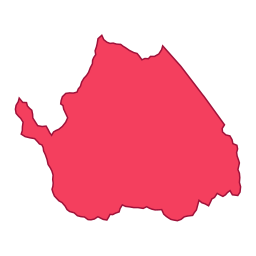 Itororó, Bahia, Brazil (Natural Earth projection)
{"feature_id": "56859067B83493520997574", "entity_name": "Itororó", "entity_type": "district", "adm_level": 2, "iso_a3": "BRA", "parent_name": "Brazil", "parent_adm1": "Bahia", "projection": "natural_earth1", "projection_center": [-40.027, -15.038], "detail": "fine", "context": "isolated", "style": "filled", "palette": "rose", "viewbox_px": 256, "rotation_deg": 0, "n_neighbors": 0, "source": "geoboundaries", "source_scale": "gbopen_adm2", "svg_char_len": 2216}
<svg xmlns="http://www.w3.org/2000/svg" viewBox="0 0 256 256"><path d="M16.1,113.4L18.6,116.3L20.7,118.3L23.1,122.2L22.4,126.8L22.3,130.7L21.2,134.1L25.1,136.6L29.9,137.8L34.6,138.6L37.6,141.7L39.4,143.9L41.9,144.9L43.2,147.6L43.6,150.9L45.4,154.7L47.1,159.7L48.1,164.5L50.3,167.8L51.9,171.0L53.1,175.1L52.7,179.5L53.2,183.0L52.9,186.3L52.0,189.3L52.9,192.3L54.4,196.0L58.9,200.8L62.1,202.6L65.1,206.1L67.1,209.6L69.6,211.5L74.2,212.8L77.4,215.7L80.8,216.6L84.5,217.0L88.0,219.6L91.0,219.8L94.4,219.0L97.9,216.7L100.4,218.0L103.2,219.4L106.9,220.0L108.6,217.2L110.0,214.4L112.7,214.6L115.4,213.2L119.1,211.9L120.1,208.5L122.3,204.9L125.6,206.4L129.8,206.9L133.8,207.6L138.1,207.6L143.2,208.4L146.7,206.7L149.4,208.2L152.0,209.2L155.1,209.9L158.6,209.8L161.7,209.6L163.8,214.2L166.3,216.4L168.5,217.9L170.9,219.4L173.5,220.0L177.4,220.7L181.0,219.4L184.3,216.8L187.7,216.0L192.6,215.4L194.2,212.8L196.4,209.9L197.7,205.0L199.0,200.3L201.8,202.7L205.2,203.9L208.6,205.8L210.5,201.9L211.8,199.0L214.5,197.4L217.2,193.4L220.3,195.1L222.9,196.4L225.5,194.8L227.4,192.6L230.0,190.6L232.4,194.8L235.0,195.1L237.8,195.5L240.0,192.1L240.6,186.8L239.4,182.5L239.8,177.7L239.4,173.3L237.9,169.5L238.7,166.2L239.4,162.9L238.5,160.0L237.1,156.0L236.6,152.5L237.6,148.9L236.9,145.3L232.9,143.6L232.0,139.6L229.9,135.9L225.8,134.9L222.5,131.9L222.2,128.5L224.5,124.8L204.3,96.9L202.3,94.4L200.4,91.9L180.9,66.4L162.7,45.9L161.6,49.7L158.8,54.0L154.5,56.4L150.5,56.4L148.4,58.7L144.9,58.5L141.9,59.8L139.3,56.2L137.1,53.5L133.8,52.6L129.4,50.4L125.5,47.7L123.0,46.2L120.7,44.4L116.5,44.1L113.2,43.1L110.0,43.4L106.9,42.2L103.8,39.7L101.8,35.3L98.0,38.7L97.2,43.6L96.4,47.0L95.1,50.8L95.7,54.7L93.8,57.4L92.6,60.2L92.4,63.8L90.3,67.8L88.6,72.3L86.6,75.4L83.9,78.3L81.7,82.0L80.4,86.4L78.3,88.9L77.0,92.1L73.3,93.1L69.6,92.9L65.8,93.4L62.4,96.7L61.2,100.4L60.7,103.9L63.0,105.5L63.7,109.2L65.7,113.5L67.7,117.8L65.7,122.2L62.4,126.4L58.8,129.3L56.0,130.5L53.6,131.9L51.6,135.3L49.7,132.8L48.2,129.8L46.1,126.1L42.1,126.5L37.7,125.7L35.2,121.8L32.8,118.0L32.6,114.2L31.8,110.3L29.4,108.2L27.4,106.0L26.5,102.6L22.7,102.4L19.2,98.1L18.3,101.6L16.1,105.3L15.4,109.2L16.1,113.4Z" fill="#f43f5e" stroke="#9f1239" stroke-width="1.5"/></svg>